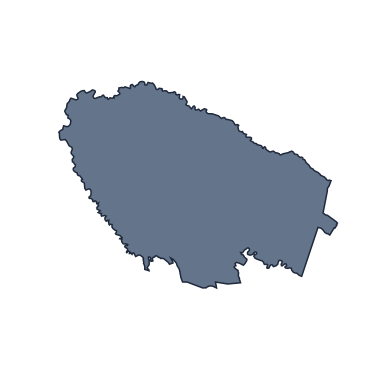 the district of Carrillo Puerto, Veracruz, Mexico, rotated 200°
{"feature_id": "50627088B27800936058187", "entity_name": "Carrillo Puerto", "entity_type": "district", "adm_level": 2, "iso_a3": "MEX", "parent_name": "Mexico", "parent_adm1": "Veracruz", "projection": "albers", "projection_center": [-96.59, 18.822], "detail": "fine", "context": "isolated", "style": "filled", "palette": "slate", "viewbox_px": 384, "rotation_deg": 200, "n_neighbors": 0, "source": "geoboundaries", "source_scale": "gbopen_adm2", "svg_char_len": 6094}
<svg xmlns="http://www.w3.org/2000/svg" viewBox="0 0 384 384"><g transform="rotate(200 192 192)"><path d="M260.3,135.6L259.0,133.2L258.3,132.8L257.8,133.7L256.0,134.1L255.2,131.7L253.8,130.7L251.5,129.8L249.6,129.8L249.3,128.3L249.7,126.7L248.8,126.2L244.9,126.5L242.5,125.4L242.0,125.1L242.5,124.4L244.0,123.6L244.0,123.3L241.7,123.6L241.6,122.2L240.9,121.1L238.8,119.7L235.9,120.7L234.3,120.6L234.4,119.7L236.4,118.7L236.5,117.6L235.5,117.0L234.4,117.0L233.1,116.5L232.7,115.4L233.1,113.1L232.5,112.7L231.6,114.8L230.3,114.6L229.8,112.8L228.9,113.2L228.7,114.0L227.0,112.9L226.7,114.3L225.8,114.8L222.9,112.1L220.4,114.6L219.0,114.9L216.2,114.0L214.8,112.8L215.0,112.2L214.3,111.5L214.2,110.7L213.5,110.0L213.0,108.1L212.2,107.6L210.7,105.4L209.9,103.1L205.4,103.3L205.9,104.1L208.0,105.2L208.1,106.5L207.4,109.0L208.8,113.0L210.4,114.8L210.6,116.0L209.7,116.5L208.4,116.0L208.0,114.3L206.8,112.8L205.2,113.7L205.4,114.4L206.6,115.7L206.0,117.5L204.9,118.1L204.4,119.6L203.5,119.8L202.4,119.7L201.2,119.1L200.1,119.4L198.6,118.8L198.1,119.4L197.3,119.3L196.1,119.8L190.1,117.7L188.5,116.4L185.6,118.8L186.3,120.0L189.4,122.7L186.5,122.2L182.2,119.7L180.8,117.7L178.1,115.6L176.8,114.0L173.0,107.6L170.1,104.2L165.8,105.7L149.2,105.5L145.9,106.8L145.1,108.2L142.9,110.0L140.2,110.6L136.1,110.2L139.1,115.4L126.9,117.8L115.3,123.3L117.6,126.2L117.9,127.2L119.7,128.8L120.6,132.0L121.5,133.0L121.9,134.0L125.0,134.8L126.8,135.9L126.7,136.7L125.5,137.7L127.1,139.5L126.1,141.1L122.9,141.3L118.6,140.8L117.6,143.4L117.1,146.6L117.4,147.6L120.4,148.7L122.3,150.4L124.0,150.2L125.6,151.8L124.0,152.0L123.6,152.5L122.8,155.7L121.9,156.4L121.0,158.2L119.9,158.7L118.4,158.0L118.2,156.5L119.2,154.5L118.9,153.2L118.2,152.4L115.8,152.5L114.1,153.7L113.2,155.2L113.2,156.0L112.3,157.2L111.1,157.4L110.3,156.8L110.4,155.6L110.9,154.8L112.2,155.0L111.8,152.6L111.0,152.0L110.1,151.4L108.2,151.1L102.3,151.2L100.7,150.4L99.7,149.0L98.8,148.8L97.0,149.8L96.2,149.5L95.9,147.9L96.0,146.9L95.4,146.1L94.6,146.2L93.6,147.0L93.5,149.5L92.9,150.5L91.9,151.1L90.0,149.7L87.9,151.3L86.7,153.4L87.0,156.2L86.7,157.5L85.4,158.0L83.6,157.8L83.3,156.4L83.5,154.6L82.7,153.3L82.0,153.4L80.2,156.3L78.8,156.5L77.8,155.1L78.9,154.0L79.0,153.2L78.1,152.6L75.9,153.0L74.4,154.0L72.6,154.4L71.7,152.7L69.6,151.4L68.2,151.1L65.6,151.5L62.9,150.4L60.1,150.3L61.5,201.8L58.4,202.1L56.2,201.3L53.1,199.3L51.0,199.0L49.8,199.2L47.8,198.7L46.1,207.1L45.4,206.9L44.5,210.6L45.2,211.0L44.7,212.5L46.3,213.4L56.6,216.4L59.1,216.2L61.7,217.2L65.1,238.8L66.0,242.1L65.3,244.0L65.2,250.2L67.1,250.1L67.5,249.5L69.6,249.5L70.2,249.7L70.9,250.7L71.9,250.8L72.7,251.4L77.0,251.7L77.4,252.3L80.4,253.5L83.0,253.7L85.2,254.2L86.2,255.0L88.8,255.2L91.3,257.2L94.6,258.5L97.3,260.9L98.7,260.6L99.8,262.1L100.9,262.2L102.5,261.5L104.6,262.2L105.6,263.2L108.4,262.8L109.2,263.1L110.5,264.2L112.3,264.5L115.6,261.5L119.8,258.9L120.9,257.4L122.1,257.1L123.2,257.8L125.0,257.9L127.1,257.4L128.7,258.1L129.7,258.2L132.3,256.3L133.4,256.4L137.0,257.3L138.1,258.9L139.1,259.4L139.7,258.6L140.0,257.3L140.8,257.3L141.2,258.2L142.8,259.2L147.2,258.8L147.9,259.5L150.5,259.1L151.6,259.9L154.7,260.2L155.0,260.7L154.2,262.1L154.7,263.2L155.7,263.4L159.4,262.2L160.3,262.4L160.6,263.1L160.5,264.7L163.5,264.6L165.4,266.1L166.2,265.5L167.8,265.3L168.5,265.5L169.4,266.1L171.2,269.0L170.9,270.6L171.6,270.9L172.7,270.8L173.8,269.9L174.5,269.9L177.2,272.1L178.8,272.8L183.1,272.4L184.7,271.9L186.9,273.1L188.3,272.5L189.6,271.1L193.1,272.6L199.8,272.4L203.6,271.1L205.5,271.6L206.3,272.6L206.6,273.7L206.2,274.2L206.8,274.6L209.0,274.4L211.8,271.0L214.1,272.1L215.9,270.5L216.7,270.4L217.7,271.1L217.9,272.4L219.1,273.6L220.1,273.0L221.0,270.0L222.3,270.5L223.7,271.6L225.0,271.9L226.0,271.5L227.6,271.9L227.4,275.1L231.8,278.8L233.1,278.7L232.6,277.5L233.1,275.8L234.2,275.5L235.6,275.6L236.2,276.1L236.9,279.3L238.2,279.0L239.4,278.0L240.8,278.4L241.2,279.6L242.3,280.2L243.2,280.0L243.4,279.0L244.7,278.8L246.7,277.6L248.3,277.2L250.5,278.3L252.0,277.9L253.9,276.8L255.1,277.4L255.0,278.5L255.9,278.8L258.4,278.2L259.1,276.8L260.4,276.2L261.2,276.6L261.7,277.5L264.3,279.9L266.3,280.9L267.4,280.3L270.8,279.9L271.2,277.0L272.4,276.5L273.2,276.9L273.6,278.2L274.7,279.0L276.5,278.9L278.5,277.8L279.4,275.9L279.3,274.8L281.3,272.7L281.6,271.4L282.6,271.4L284.9,272.6L286.1,271.7L286.3,270.5L285.6,269.2L285.6,268.1L291.0,267.9L291.9,266.6L293.9,266.2L296.3,264.7L295.7,263.5L296.1,261.5L293.9,260.4L293.3,259.4L295.5,256.8L297.8,256.1L298.2,255.0L297.5,254.3L297.3,253.6L298.5,253.4L299.4,252.7L301.3,252.5L302.2,250.5L303.0,250.5L303.9,251.7L305.7,251.0L308.4,252.7L309.4,252.0L309.6,250.8L310.2,250.1L311.4,249.9L314.9,246.8L315.8,246.6L316.9,247.1L317.8,248.1L317.1,252.9L317.4,253.7L319.1,254.1L320.6,253.8L322.0,251.7L324.7,249.1L326.0,249.0L327.9,250.5L329.6,249.7L330.9,248.6L332.8,245.9L333.5,244.2L333.1,243.2L331.1,241.1L331.1,240.3L331.7,239.5L332.6,238.9L337.8,238.8L338.3,237.2L338.3,235.2L339.5,232.2L338.7,228.0L339.3,225.3L339.1,224.2L336.5,221.7L334.6,221.7L334.0,219.1L331.9,218.8L330.3,217.8L329.5,214.3L330.1,212.3L331.4,210.7L335.3,210.3L334.9,206.6L336.8,204.5L337.6,202.5L336.7,201.8L335.2,198.2L334.3,196.7L333.7,196.3L333.0,195.9L329.1,197.9L327.3,197.0L323.3,193.4L320.5,192.9L319.5,192.1L319.1,190.7L319.2,187.8L318.4,186.7L315.1,184.9L315.2,183.0L315.7,181.7L314.9,179.8L314.6,179.4L313.7,179.5L311.9,178.0L310.8,177.6L310.4,175.7L311.6,173.9L311.5,172.9L310.7,171.7L308.9,170.9L306.3,170.6L305.7,169.2L304.7,168.6L303.1,168.9L299.3,166.6L300.1,165.3L299.4,164.3L296.3,163.6L294.0,158.8L292.4,157.5L290.1,159.6L289.2,159.8L287.7,159.0L286.8,157.4L286.0,155.1L286.1,153.6L287.0,152.1L286.8,151.2L285.9,150.9L285.0,151.3L283.8,151.3L282.6,150.6L282.3,149.5L281.6,149.2L280.7,149.4L280.6,150.2L279.7,150.6L278.7,150.2L277.6,148.5L276.1,149.9L276.1,147.8L275.0,147.1L276.1,145.1L275.4,143.4L271.9,143.0L273.2,140.6L271.0,140.4L269.8,140.9L269.5,139.2L268.8,138.4L265.9,140.1L264.4,140.0L265.0,137.7L264.0,136.0L263.1,135.4L262.1,135.4L261.9,136.3L260.4,137.1L260.3,135.6Z" fill="#64748b" stroke="#1e293b" stroke-width="1.5"/></g></svg>